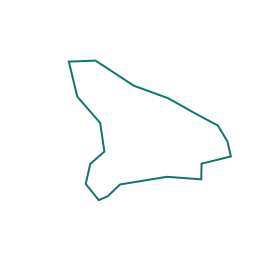 an SVG outline of Kecskemét, rotated 139°
{"feature_id": "HUN-4915", "entity_name": "Kecskemét", "entity_type": "Urban county", "adm_level": 1, "iso_a3": "HUN", "parent_name": "Hungary", "parent_adm1": "", "projection": "orthographic", "projection_center": [19.681, 46.9], "detail": "fine", "context": "isolated", "style": "outline", "palette": "teal", "viewbox_px": 256, "rotation_deg": 139, "n_neighbors": 0, "source": "natural_earth", "source_scale": "10m", "svg_char_len": 388}
<svg xmlns="http://www.w3.org/2000/svg" viewBox="0 0 256 256"><g transform="rotate(139 128 128)"><path d="M106.4,41.2L130.6,65.6L171.0,90.6L188.1,89.8L197.4,92.7L196.6,113.5L180.0,125.7L161.3,125.7L145.7,150.0L145.7,185.0L129.1,216.9L108.3,200.2L95.9,156.1L78.2,124.2L67.9,95.3L58.6,71.0L61.7,52.8L69.0,39.1L95.9,52.8L106.4,41.2Z" fill="none" stroke="#0f766e" stroke-width="2"/></g></svg>